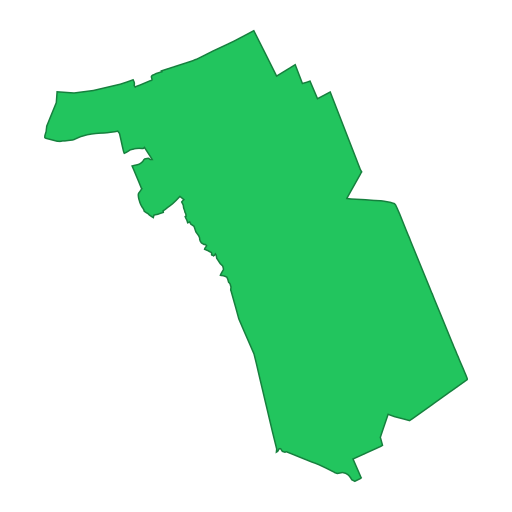 Cosmesti, Galati, Romania
{"feature_id": "2599482B28458527473660", "entity_name": "Cosmesti", "entity_type": "district", "adm_level": 2, "iso_a3": "ROU", "parent_name": "Romania", "parent_adm1": "Galati", "projection": "orthographic", "projection_center": [27.304, 45.847], "detail": "fine", "context": "isolated", "style": "filled", "palette": "green", "viewbox_px": 512, "rotation_deg": 0, "n_neighbors": 0, "source": "geoboundaries", "source_scale": "gbopen_adm2", "svg_char_len": 5282}
<svg xmlns="http://www.w3.org/2000/svg" viewBox="0 0 512 512"><path d="M361.7,171.9L360.7,170.2L360.2,169.3L359.7,167.9L358.4,164.6L357.5,162.3L356.6,159.9L330.2,92.0L317.5,98.7L310.0,81.1L307.3,82.1L304.9,82.8L302.4,83.5L295.2,64.7L278.4,75.0L276.6,76.1L265.1,53.1L253.8,30.7L233.5,41.4L212.4,51.3L211.7,51.7L196.1,59.5L195.5,59.5L192.9,60.7L166.9,69.1L162.3,70.6L161.4,70.9L161.9,71.7L156.2,73.5L155.8,73.7L154.3,74.5L154.1,74.6L153.6,74.8L152.5,75.2L152.2,75.5L151.6,76.1L151.5,76.3L151.4,76.6L151.5,77.5L151.8,78.4L152.0,79.2L152.0,79.7L151.8,80.2L151.2,80.5L150.5,80.6L149.1,81.2L147.7,81.8L140.1,85.0L135.8,86.6L135.2,87.1L134.8,86.6L134.1,85.4L134.3,84.8L134.4,83.7L134.3,82.7L134.0,81.8L133.1,79.8L127.0,82.0L120.3,84.2L93.4,90.5L74.1,93.0L57.1,91.8L56.3,102.7L50.6,116.6L48.3,122.3L46.7,126.2L46.6,127.4L46.3,129.7L46.2,131.3L45.3,134.2L44.9,135.7L44.8,136.9L44.8,137.5L45.0,137.8L45.9,138.3L57.0,141.2L58.2,141.3L59.9,141.4L60.8,141.3L62.2,141.0L63.0,140.9L63.9,140.9L65.0,140.9L68.8,140.4L72.4,140.0L73.9,139.6L75.2,139.0L79.0,137.3L80.2,136.8L81.0,136.5L82.9,136.0L85.6,135.2L87.1,134.8L87.4,134.7L89.4,134.4L91.5,134.0L95.6,133.5L99.1,133.2L100.9,133.1L104.0,133.0L106.1,132.8L107.4,132.7L110.2,132.3L115.0,131.7L116.5,131.4L117.7,131.1L118.3,131.9L119.2,133.0L119.6,133.9L120.1,136.1L121.3,141.5L122.4,146.5L123.4,150.8L124.0,152.7L124.3,153.3L126.4,152.3L128.2,151.2L129.4,150.4L130.1,149.9L132.0,149.4L133.5,149.1L134.6,148.7L135.5,148.6L137.6,148.4L139.2,148.3L142.0,148.5L142.8,148.5L143.5,148.4L143.8,148.2L144.1,147.7L144.4,147.4L146.4,150.4L148.7,154.0L150.4,156.6L152.2,159.5L151.7,159.5L150.8,159.6L150.3,159.5L149.7,159.3L149.3,158.9L148.9,158.4L148.4,158.3L147.5,158.4L145.9,158.7L145.3,158.8L144.8,158.9L143.8,159.8L143.2,160.8L142.9,161.3L142.2,162.0L141.0,163.0L140.3,163.5L139.3,164.1L137.8,164.6L136.2,165.0L134.3,165.4L132.1,166.0L133.8,169.9L136.3,175.9L138.5,181.1L139.6,183.8L141.3,188.0L141.9,188.7L141.4,189.3L139.9,191.6L138.8,193.0L138.4,193.9L138.3,194.5L138.3,195.5L138.5,197.3L138.8,198.9L139.2,200.1L139.8,202.2L140.4,203.8L141.1,205.3L142.0,206.9L142.5,207.7L143.1,208.4L143.4,209.1L143.7,209.5L144.0,210.4L144.2,211.2L146.6,212.9L147.1,213.1L147.9,213.6L148.6,214.2L148.9,214.6L149.5,215.1L151.2,216.3L153.3,217.6L153.9,215.2L155.1,214.8L156.8,214.5L157.8,214.3L159.6,213.6L163.3,212.4L163.4,212.2L163.0,210.9L165.4,209.3L167.7,207.4L169.8,205.9L172.5,203.8L174.1,202.3L176.2,200.3L177.7,198.7L179.9,196.4L183.9,199.6L182.0,201.5L181.7,202.0L182.1,202.7L182.5,203.6L182.9,204.3L183.2,205.0L183.4,206.0L183.6,207.7L183.9,208.7L184.4,209.9L184.7,211.0L185.0,212.3L185.6,213.4L185.9,214.5L186.1,216.2L185.2,216.6L185.4,217.2L186.0,218.5L186.6,219.6L187.1,220.8L187.4,221.9L187.7,222.8L189.7,221.9L190.7,224.0L194.0,226.3L195.9,231.9L198.7,235.8L199.2,236.9L199.6,237.9L199.7,239.2L199.7,239.6L200.1,240.5L200.2,241.0L200.5,241.5L201.4,242.9L204.2,244.6L204.9,244.3L205.4,244.5L206.6,245.7L206.2,246.5L205.4,247.5L204.8,248.5L204.7,248.9L204.6,249.3L205.7,249.7L207.0,250.3L207.7,250.6L208.4,250.8L208.9,251.3L209.5,251.6L210.1,251.9L210.7,252.1L211.2,252.5L211.6,253.1L211.7,253.5L211.6,253.9L211.6,254.3L211.6,254.6L211.6,254.8L211.7,255.0L212.0,255.1L212.4,255.2L212.8,255.3L213.3,255.7L213.6,255.9L214.0,255.5L214.4,255.3L215.4,253.9L215.8,254.6L216.2,255.3L216.3,255.8L216.5,256.7L216.6,257.6L216.7,258.3L217.1,258.8L219.9,263.1L220.5,263.9L221.8,265.1L222.4,265.7L222.9,266.5L223.0,267.1L223.3,268.2L223.4,269.0L223.4,269.8L222.6,271.0L220.7,274.4L220.4,275.3L221.2,275.5L222.6,275.6L224.2,276.0L224.9,276.3L226.8,277.1L227.8,279.3L228.6,282.2L229.6,283.2L230.3,284.4L230.5,285.6L231.0,286.9L230.7,290.0L231.2,291.4L234.1,301.8L235.8,307.8L238.8,318.8L239.6,320.7L243.9,330.7L254.0,353.9L256.3,363.2L259.8,378.3L262.7,390.5L265.4,402.0L267.6,411.2L268.5,415.1L272.5,432.0L276.7,449.0L276.4,452.1L277.2,451.6L277.3,451.6L277.7,451.3L279.2,448.7L280.6,448.7L282.4,451.4L282.8,451.5L284.9,452.2L285.3,452.1L286.3,451.7L299.1,456.9L312.0,462.1L315.5,463.3L315.9,463.5L318.9,464.7L324.2,467.2L326.1,468.1L330.3,470.2L331.6,470.9L333.9,472.0L334.7,472.6L337.3,473.5L342.5,472.5L345.6,473.3L347.8,474.6L349.1,475.8L350.0,477.0L351.0,478.4L351.7,479.7L352.7,480.2L354.8,481.3L360.7,478.4L361.2,477.8L361.1,477.7L358.7,472.1L353.0,459.0L368.1,452.1L374.3,449.3L375.9,448.6L379.1,447.1L379.7,446.9L381.4,446.0L381.7,445.8L382.5,445.3L380.8,439.0L380.3,437.4L380.7,436.2L382.8,429.9L388.1,414.3L394.4,416.6L404.8,419.3L405.5,419.5L408.8,420.4L409.6,420.6L410.4,420.0L411.5,419.3L412.0,419.0L420.3,413.1L433.6,403.6L434.1,403.2L440.7,398.5L449.3,392.3L451.8,390.6L467.2,379.6L467.2,378.5L465.8,374.9L464.5,371.9L463.5,369.4L459.2,359.5L458.3,357.1L457.0,354.3L455.6,350.7L455.4,350.3L453.8,346.7L452.9,344.3L452.1,342.5L440.7,314.6L435.9,303.0L433.8,297.9L432.2,293.7L431.9,293.2L431.7,292.8L431.2,291.6L429.9,288.3L410.7,241.4L409.3,237.7L409.1,237.4L409.0,237.0L408.7,236.3L408.3,235.5L407.7,234.0L405.9,229.6L399.7,214.1L398.1,210.5L397.5,209.1L397.2,208.3L397.1,208.2L396.9,207.8L395.6,205.0L394.4,203.6L392.3,203.0L390.6,202.4L384.0,201.2L381.3,200.8L377.3,200.6L373.3,200.4L365.0,199.7L351.0,199.0L346.8,198.5L346.9,198.2L357.6,179.1L360.2,174.5L361.0,172.9L361.3,172.4L361.7,171.9Z" fill="#22c55e" stroke="#15803d" stroke-width="1.5"/></svg>